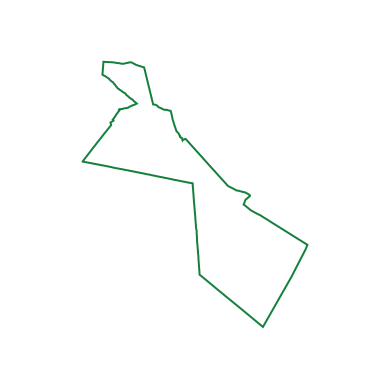 Blaricum, Noord-Holland, Netherlands (Albers equal-area conic projection), rotated 75°
{"feature_id": "6326949B66152801340332", "entity_name": "Blaricum", "entity_type": "district", "adm_level": 2, "iso_a3": "NLD", "parent_name": "Netherlands", "parent_adm1": "Noord-Holland", "projection": "albers", "projection_center": [5.257, 52.281], "detail": "fine", "context": "isolated", "style": "outline", "palette": "green", "viewbox_px": 384, "rotation_deg": 75, "n_neighbors": 0, "source": "geoboundaries", "source_scale": "gbopen_adm2", "svg_char_len": 5724}
<svg xmlns="http://www.w3.org/2000/svg" viewBox="0 0 384 384"><g transform="rotate(75 192 192)"><path d="M272.9,94.2L235.7,128.8L232.1,132.1L229.8,134.8L226.4,138.4L225.3,139.5L224.1,140.5L222.2,141.8L219.2,144.0L217.5,145.4L217.3,145.3L217.2,145.1L216.9,144.9L216.6,144.5L216.2,144.3L215.6,144.0L215.3,143.7L214.4,143.1L213.6,142.6L213.4,142.3L213.3,142.2L213.2,142.1L212.9,141.3L212.8,141.0L212.5,140.6L212.5,140.4L212.2,139.9L212.1,139.5L211.9,139.3L211.8,139.1L211.5,138.5L211.5,138.3L211.2,137.8L211.1,137.7L210.9,137.5L210.7,137.0L210.4,136.9L210.0,137.0L209.8,137.1L208.8,138.0L208.0,138.8L207.5,139.3L207.1,139.7L206.8,140.1L206.5,140.3L206.4,140.4L206.3,140.7L205.6,141.7L205.5,141.9L205.5,142.2L205.4,142.4L205.2,142.7L205.0,143.2L204.6,143.7L204.3,144.1L204.2,144.3L204.1,144.5L203.7,145.4L203.5,145.7L203.2,146.0L202.9,146.4L202.7,147.0L202.6,147.3L202.2,148.0L201.9,148.9L201.8,149.0L201.3,149.4L201.1,149.6L200.8,149.9L200.3,150.4L200.0,150.7L199.8,150.9L199.6,151.1L199.3,151.4L198.8,152.0L198.5,152.3L197.9,153.0L197.7,153.3L197.5,153.6L197.2,153.8L196.9,154.1L196.7,154.3L196.5,154.7L196.2,154.9L195.9,155.2L195.7,155.4L195.3,155.8L190.9,158.0L182.8,162.2L181.9,162.6L181.2,163.0L179.6,163.8L177.5,164.8L176.7,165.3L167.7,169.9L157.6,175.0L149.2,179.3L139.5,184.2L139.3,184.3L139.1,184.5L139.0,184.9L139.5,187.6L139.7,187.8L139.2,187.9L138.7,187.7L138.2,187.6L137.7,187.5L137.4,187.6L137.2,187.8L136.6,188.6L136.4,188.8L136.2,188.9L135.1,189.0L135.2,189.3L134.6,189.3L132.9,189.6L131.8,189.9L130.4,190.6L129.8,190.9L129.2,191.2L128.9,191.3L127.8,191.4L127.1,191.4L125.3,191.5L124.7,191.6L123.5,191.6L122.5,191.7L116.9,191.9L116.5,191.9L115.4,191.8L111.6,191.6L108.1,191.6L108.0,191.8L107.3,193.2L107.1,193.6L106.7,194.3L106.4,194.6L106.1,195.2L106.0,195.3L106.0,195.5L105.8,196.2L105.5,197.2L105.4,197.4L105.4,197.5L104.5,198.6L104.0,199.2L103.1,200.2L102.3,201.1L102.1,201.5L101.5,202.2L101.3,202.4L101.2,202.5L100.9,202.7L100.1,203.0L99.6,203.3L99.2,203.7L98.6,204.4L98.5,204.5L98.3,204.8L98.0,205.3L97.7,206.0L97.3,206.9L96.7,206.8L94.9,206.8L76.7,206.4L60.1,206.0L59.3,206.0L54.9,212.9L51.0,217.1L50.7,218.8L50.6,219.9L50.5,221.6L50.4,224.5L50.3,225.4L50.2,225.8L50.1,226.2L49.9,226.7L49.0,228.5L48.8,228.8L48.1,230.7L47.5,232.1L47.0,233.1L46.5,234.3L45.8,236.2L45.0,238.8L44.4,240.7L43.3,243.8L46.4,244.9L55.1,248.0L55.5,248.2L55.8,247.9L56.0,247.7L56.5,247.2L56.9,246.8L57.4,246.1L57.7,245.8L58.0,245.6L58.3,245.3L58.9,244.9L59.3,244.5L59.8,244.0L60.3,243.5L60.6,243.3L61.0,243.0L61.4,242.7L62.4,242.3L62.6,242.2L63.6,241.6L64.5,240.9L64.7,240.7L65.3,240.2L65.5,240.0L65.8,239.8L65.9,239.7L66.2,239.6L66.5,239.6L66.8,239.5L67.1,239.4L67.4,239.3L67.7,239.1L67.8,238.9L68.2,238.7L68.5,238.5L68.8,238.5L69.2,238.4L69.8,238.2L70.1,238.1L70.4,238.0L71.1,237.5L71.3,237.4L72.5,237.0L72.7,236.9L72.9,236.9L73.1,236.5L73.6,236.0L75.0,235.0L75.7,234.3L76.0,234.1L76.5,233.7L77.4,233.1L78.0,232.5L78.5,231.9L78.9,231.3L80.3,230.6L81.2,230.3L81.4,230.1L81.7,230.0L82.2,229.5L82.7,229.2L83.2,228.9L84.1,228.3L84.4,228.1L84.7,228.0L85.0,227.7L86.0,226.9L86.8,226.0L87.2,225.7L87.7,225.4L87.9,225.2L88.9,224.7L89.2,224.6L89.5,224.4L90.8,223.4L91.7,222.8L92.1,222.5L92.3,222.4L92.4,223.2L92.4,223.4L92.5,223.6L92.6,224.1L92.8,225.0L92.8,225.4L92.9,226.1L92.9,226.4L92.9,226.9L93.0,227.2L93.0,227.4L93.0,227.8L93.1,228.0L93.2,228.3L93.4,229.9L93.5,230.4L93.8,231.2L93.9,231.4L94.0,231.9L94.0,232.2L94.0,232.3L94.0,232.7L93.9,233.6L93.9,233.9L93.9,234.6L93.8,234.9L93.7,236.0L93.7,237.0L93.7,237.6L93.7,238.2L93.6,238.5L93.5,239.2L93.4,239.8L93.2,240.6L93.7,241.3L94.3,240.8L95.9,243.0L97.4,244.9L100.7,248.5L100.8,248.6L101.5,249.8L102.5,249.4L102.8,249.4L103.1,250.5L103.8,252.8L104.4,252.8L106.1,252.7L106.5,252.8L113.5,262.4L113.7,262.6L114.2,263.3L116.9,266.9L120.6,271.9L121.1,272.5L124.3,276.8L125.1,277.8L132.7,287.8L133.5,288.8L134.2,289.8L134.3,289.8L134.5,289.3L134.7,289.0L135.6,287.1L135.9,286.6L136.1,286.0L138.4,281.3L138.8,280.6L139.1,279.8L139.5,279.1L139.9,278.2L140.8,276.4L140.9,276.0L141.1,275.6L142.1,273.8L142.7,272.6L142.7,272.4L143.1,271.6L143.7,270.3L146.7,264.2L147.1,263.4L147.2,263.2L147.6,262.5L147.9,262.1L148.7,260.4L149.3,259.2L149.6,258.5L149.8,258.1L150.6,256.5L151.1,255.3L151.2,255.1L151.4,254.7L153.8,249.9L154.6,248.1L154.8,247.7L155.4,246.6L155.6,246.2L156.2,244.9L156.3,244.7L156.8,243.7L157.1,243.1L157.4,242.6L157.5,242.3L158.4,240.6L158.9,239.4L159.0,239.1L159.3,238.6L159.4,238.4L159.6,238.1L159.8,237.6L160.4,236.5L161.8,233.5L162.7,231.8L162.8,231.6L163.3,230.7L163.7,229.8L164.4,228.2L165.5,226.3L166.0,225.1L166.2,224.8L166.3,224.6L166.5,224.2L166.9,223.4L167.5,222.2L168.0,221.3L168.4,220.4L170.1,216.9L170.4,216.3L171.7,213.8L172.4,212.2L172.9,211.3L173.7,209.7L173.9,209.3L176.3,204.6L176.6,203.9L177.1,202.9L178.3,200.5L178.7,199.7L179.5,198.1L180.3,196.3L181.1,194.9L181.7,193.6L182.0,193.1L182.1,192.8L182.2,192.6L182.9,190.9L183.0,190.8L183.1,190.5L183.4,190.0L183.5,189.7L183.8,189.1L184.5,189.3L187.6,189.9L190.9,190.5L192.9,190.9L193.7,191.0L197.1,191.7L201.8,192.6L204.8,193.1L211.3,194.3L212.2,194.5L216.7,195.2L218.8,195.7L222.6,196.4L223.7,196.6L224.5,196.6L225.1,196.9L227.7,197.4L228.7,197.5L229.2,197.4L231.3,197.6L232.0,198.0L234.0,198.3L235.2,198.6L235.8,198.7L237.1,198.9L237.4,199.1L237.9,199.2L238.6,199.3L239.1,199.4L240.0,199.7L245.3,200.6L250.8,201.6L253.7,202.2L254.9,202.3L259.0,203.2L260.5,203.5L265.3,204.4L266.0,204.6L267.2,204.7L269.0,205.2L269.8,205.2L272.9,205.9L273.8,206.1L274.0,206.0L275.8,204.6L278.1,203.0L280.6,201.2L283.9,198.9L286.1,197.3L290.4,194.3L292.8,192.6L302.6,185.6L316.2,175.8L331.4,165.0L338.9,159.7L339.5,159.3L340.7,158.4L300.0,118.2L277.0,97.3L272.9,94.2Z" fill="none" stroke="#15803d" stroke-width="2"/></g></svg>